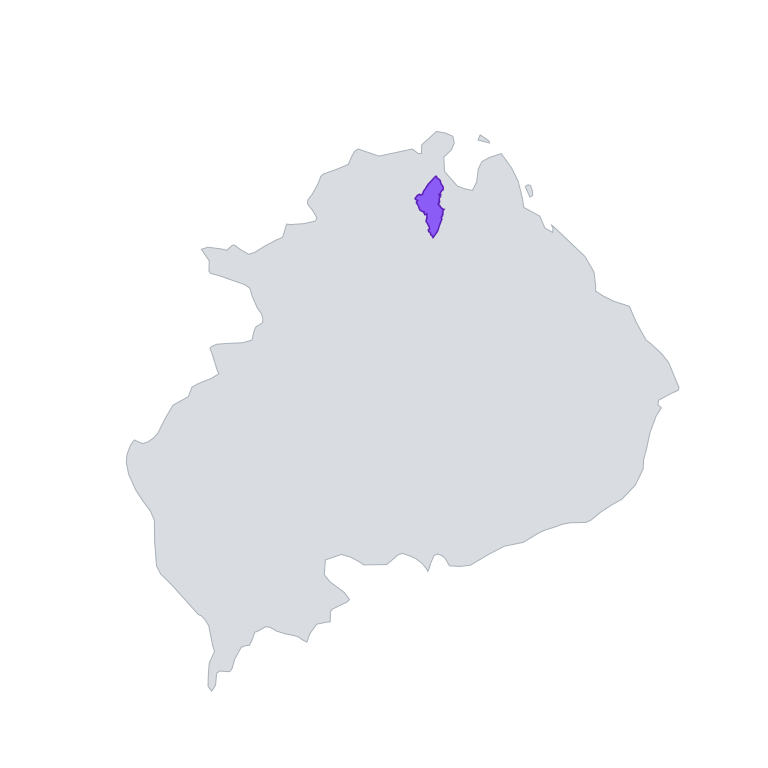 location of Kampong Seila, Kaôh Kong, Cambodia, rotated 160°
{"feature_id": "14789045B74772931755748", "entity_name": "Kampong Seila", "entity_type": "district", "adm_level": 2, "iso_a3": "KHM", "parent_name": "Cambodia", "parent_adm1": "Kaôh Kong", "projection": "mercator", "projection_center": [103.945, 11.169], "detail": "fine", "context": "in_parent", "style": "filled", "palette": "violet", "viewbox_px": 768, "rotation_deg": 160, "n_neighbors": 0, "source": "geoboundaries", "source_scale": "gbopen_adm2", "svg_char_len": 7843}
<svg xmlns="http://www.w3.org/2000/svg" viewBox="0 0 768 768"><g transform="rotate(160 384 384)"><path d="M651.0,154.3L652.7,160.2L648.3,171.4L643.6,181.6L634.8,190.5L634.4,197.1L631.4,216.6L632.5,222.8L634.6,228.2L637.4,231.0L645.0,250.1L652.0,267.4L658.8,281.7L660.0,290.7L653.7,313.5L646.4,334.4L647.0,344.8L650.2,355.2L653.5,369.1L654.8,386.9L652.9,398.5L649.6,405.7L643.3,413.0L637.8,416.8L631.2,410.5L626.0,410.3L618.9,412.1L613.4,415.0L602.1,425.8L589.5,436.3L572.2,439.0L565.4,446.8L558.2,447.9L544.5,448.3L535.6,450.1L536.0,454.0L535.2,472.5L535.4,476.9L534.0,478.0L527.8,478.6L517.3,475.7L503.1,471.2L493.0,470.4L487.8,478.5L484.7,481.6L480.8,482.1L476.8,483.5L475.5,487.1L475.1,491.6L477.1,499.3L477.8,511.5L477.3,519.9L481.0,525.1L502.7,542.8L509.1,547.2L509.9,549.9L506.1,559.5L509.5,573.0L502.7,572.7L491.3,566.9L485.9,563.4L479.3,566.2L477.0,565.7L472.6,559.0L466.8,552.2L460.8,551.8L448.1,554.5L435.2,556.3L430.3,556.3L428.3,557.5L420.8,567.6L417.6,565.9L404.6,562.1L392.7,560.6L390.2,563.2L391.7,571.4L394.3,579.5L392.7,582.9L386.2,587.1L377.6,594.7L372.3,600.7L368.6,602.1L355.5,601.9L342.4,602.6L337.2,608.2L332.2,612.6L328.0,613.7L310.9,599.9L276.9,595.1L273.2,589.0L270.0,587.8L266.8,595.8L248.2,603.4L240.4,598.8L234.6,593.2L235.5,586.4L240.9,580.8L250.2,576.8L254.4,562.9L247.4,544.9L241.2,539.7L234.7,535.6L227.8,542.2L222.0,553.6L216.0,559.5L207.5,560.8L195.0,560.4L190.2,543.3L188.6,528.7L190.3,512.0L192.2,502.1L180.2,488.5L179.5,475.5L173.7,468.8L172.0,472.2L172.1,475.9L170.5,473.2L151.5,435.0L148.4,417.3L151.6,403.6L153.5,399.1L148.1,391.9L140.4,383.7L126.8,373.0L125.9,356.0L122.8,336.0L118.8,329.3L112.5,317.0L109.2,306.7L108.0,279.7L109.7,277.5L119.4,276.7L131.7,274.8L133.7,270.4L131.5,266.8L139.4,260.7L150.7,247.3L159.5,233.2L165.8,224.3L169.6,215.5L182.3,203.1L199.9,194.4L211.8,192.4L224.2,189.5L236.1,185.3L241.7,184.9L256.5,189.9L264.5,191.2L272.9,191.2L281.6,191.7L289.1,191.2L307.3,187.6L326.5,190.4L343.6,188.2L364.8,184.2L375.3,186.7L384.7,190.8L386.1,199.1L388.3,202.9L391.4,205.8L395.6,205.8L401.1,200.0L405.6,194.1L407.0,193.0L407.3,195.9L409.5,202.3L413.6,208.7L417.7,212.9L424.5,218.5L428.9,218.7L443.4,213.4L465.2,221.1L467.7,225.0L474.7,232.8L482.4,238.4L499.3,238.7L505.4,225.0L502.4,216.6L492.8,201.9L490.1,193.3L493.2,191.8L509.6,190.1L512.2,188.4L515.9,178.9L520.3,180.0L529.4,181.3L539.0,174.8L544.7,167.9L547.8,171.1L551.2,175.8L554.9,178.6L561.8,182.7L569.4,188.5L574.1,194.2L578.0,196.4L587.7,194.8L590.3,195.0L595.9,188.1L599.9,184.4L603.3,185.5L608.2,185.4L618.3,176.6L624.1,168.6L627.3,166.4L636.4,170.4L640.1,169.6L645.3,158.6L651.0,154.3ZM183.8,520.8L181.9,521.9L180.2,521.8L178.4,520.3L178.5,514.1L179.8,510.4L182.9,509.7L183.8,520.8ZM212.2,581.1L208.4,585.2L202.3,576.7L202.4,574.4L212.2,581.1Z" fill="#d9dde1" stroke="#a8b0b8" stroke-width="1"/><path d="M287.8,504.8L287.4,505.0L286.4,505.8L285.8,506.2L284.6,507.0L283.5,507.8L283.2,508.0L282.7,508.3L282.4,508.5L282.1,508.7L281.9,508.9L281.6,509.2L281.2,509.6L281.0,509.8L280.6,510.2L279.9,511.1L279.4,511.7L279.0,512.3L278.5,513.0L278.2,513.5L277.3,514.5L276.9,515.0L276.0,515.9L275.5,516.6L275.1,517.0L274.3,517.9L273.3,519.1L273.1,519.5L273.3,520.1L273.3,520.4L273.2,520.8L273.1,521.0L272.8,521.2L272.8,521.4L272.5,521.6L272.1,521.8L271.8,521.8L271.7,521.8L271.5,522.0L271.4,522.1L271.6,522.4L271.5,522.6L271.6,522.8L271.8,522.9L271.7,522.9L271.3,523.3L271.0,523.5L270.8,523.5L270.6,523.5L270.6,523.9L270.4,524.1L270.2,524.2L270.1,524.3L270.1,524.6L270.3,525.0L270.2,525.5L269.8,525.7L269.6,525.9L269.6,526.1L269.1,526.8L268.9,527.2L268.4,527.3L268.1,527.3L268.2,527.2L268.0,527.3L268.0,527.6L268.4,527.9L268.6,528.0L268.8,528.3L269.2,528.5L269.2,528.8L269.4,529.0L269.7,529.2L269.8,529.4L269.8,529.5L269.7,529.7L269.8,529.8L269.9,530.0L270.0,530.1L270.2,530.5L270.3,531.3L270.4,531.5L270.3,531.9L270.4,532.0L270.6,532.1L270.7,532.3L270.7,532.6L270.8,532.7L271.0,532.7L271.1,532.8L271.1,533.1L271.1,533.3L271.2,533.6L271.2,533.8L271.3,533.7L271.5,533.5L271.4,533.7L271.5,533.8L271.5,534.0L271.6,534.3L271.7,534.5L271.4,534.7L271.3,534.9L271.1,534.9L270.9,534.7L270.7,534.8L270.6,535.0L270.4,535.3L270.0,535.3L270.0,535.6L269.8,535.9L269.8,536.0L270.0,535.9L270.2,536.0L270.0,536.3L270.1,536.5L269.9,536.8L269.8,537.0L269.6,537.2L269.4,537.2L269.2,537.1L269.2,537.3L269.3,537.4L269.2,537.5L269.3,537.7L269.3,537.9L269.3,538.1L269.2,538.3L268.9,538.4L268.8,538.7L268.8,539.1L268.5,539.5L268.3,539.8L268.0,540.1L267.7,540.4L267.3,540.5L266.9,540.7L266.7,541.0L266.8,541.3L266.8,541.7L266.8,542.0L267.0,542.2L267.2,541.9L267.0,541.7L267.4,541.7L267.4,541.9L267.4,542.3L267.4,542.5L267.0,542.6L267.3,542.7L267.6,542.8L267.5,543.1L267.5,543.4L267.4,543.5L266.7,543.4L266.4,543.4L266.1,543.5L265.7,544.0L265.4,544.3L265.2,544.6L265.1,544.9L264.9,545.1L264.5,545.3L264.4,545.4L263.5,545.8L263.4,545.9L263.2,546.0L262.9,546.1L262.4,546.1L262.1,546.2L262.0,546.6L261.7,546.8L261.1,548.5L261.1,549.1L261.2,549.6L261.2,550.0L261.3,550.2L261.3,550.4L261.3,550.7L261.4,551.0L261.6,551.4L261.7,551.5L261.8,551.8L261.9,553.3L261.9,553.6L261.7,554.2L261.7,554.5L261.8,555.0L261.8,555.4L261.7,555.5L261.6,555.8L261.6,556.1L261.8,556.4L262.1,557.2L262.2,557.4L262.8,558.3L263.1,558.6L263.6,559.2L263.7,559.4L263.7,559.6L263.6,560.2L263.6,560.4L263.6,560.6L263.8,560.8L263.8,561.2L263.9,561.3L264.0,561.4L264.3,561.6L266.1,560.7L266.5,560.5L266.8,560.4L268.1,559.7L268.8,559.3L269.6,558.9L271.0,558.2L271.5,558.0L271.8,557.8L272.3,557.5L273.7,556.8L273.8,556.7L274.0,556.7L274.4,556.6L274.5,556.5L274.7,556.2L274.7,555.9L275.1,555.7L275.4,555.5L275.9,555.4L276.1,555.3L276.3,555.2L276.8,554.7L277.0,554.3L277.3,554.1L277.8,553.8L277.9,553.7L278.3,553.4L278.5,553.1L278.8,552.9L279.0,552.8L279.4,552.6L279.6,552.5L279.9,552.3L280.5,551.9L280.9,551.6L281.2,551.2L281.4,551.0L281.5,550.8L281.8,550.5L282.8,549.4L283.0,549.0L283.5,549.1L283.8,549.2L284.4,549.2L284.6,549.1L284.8,549.1L285.0,549.0L285.3,549.0L285.6,549.8L285.7,550.1L285.8,550.2L286.4,550.0L286.6,550.0L287.1,550.0L287.7,549.9L288.3,549.8L288.6,549.6L288.8,549.4L289.1,549.1L289.6,548.8L290.0,548.5L290.5,548.3L290.8,548.2L291.0,548.1L291.2,547.8L291.3,547.3L291.3,546.7L290.9,546.3L290.6,546.0L289.8,545.1L289.7,544.9L289.7,544.7L289.8,544.6L290.3,544.3L290.7,544.2L291.0,544.1L291.2,543.9L291.2,543.7L291.5,543.5L291.5,543.4L291.5,543.2L291.5,542.9L291.4,542.7L291.3,542.4L291.3,541.8L291.2,541.4L290.8,540.0L290.7,539.7L290.8,539.2L290.9,538.1L290.8,537.7L290.9,536.6L290.9,535.7L290.7,535.2L290.5,534.9L290.2,534.5L290.0,534.2L289.6,533.8L289.4,533.5L289.2,533.2L288.9,533.0L288.8,532.9L288.1,532.6L287.9,532.5L287.7,532.3L287.4,532.2L287.3,531.9L287.5,531.7L287.9,531.4L288.0,531.3L288.0,531.1L287.9,530.8L287.8,530.5L287.7,530.2L287.7,529.9L287.7,529.5L287.7,529.1L286.7,529.2L286.4,529.2L285.9,529.4L285.7,529.4L285.6,529.0L285.7,528.8L285.8,528.5L286.1,528.2L286.2,527.8L286.3,527.3L286.3,527.0L286.3,526.7L286.4,526.3L286.5,526.3L286.6,526.2L286.8,525.9L286.8,525.7L287.0,525.3L287.2,524.7L287.3,524.6L287.6,524.6L287.7,524.3L287.8,524.2L288.0,523.8L288.3,523.5L288.7,522.8L288.8,522.6L288.9,522.4L288.9,522.2L288.8,521.8L288.7,521.7L288.5,521.3L288.4,521.1L288.4,520.7L288.4,520.4L288.3,520.2L288.3,519.9L288.3,519.7L288.2,519.5L288.2,519.4L288.1,518.9L288.1,518.7L288.0,518.1L288.1,517.7L288.1,517.3L287.9,517.2L287.8,516.9L287.7,516.7L287.7,516.2L287.7,515.8L287.8,515.6L288.0,515.2L288.2,514.8L288.4,514.4L288.4,513.8L288.9,513.7L289.0,513.6L289.3,513.8L289.5,513.8L289.6,513.7L289.8,513.4L289.7,513.2L289.8,512.8L289.9,512.5L289.8,512.2L289.9,511.9L289.8,511.7L289.3,511.4L289.2,511.2L289.0,510.9L288.7,510.1L288.8,509.7L288.9,509.3L289.0,508.9L289.0,508.6L289.0,508.2L288.9,508.2L288.4,507.6L288.2,507.3L288.1,507.1L288.1,506.9L288.0,506.6L288.1,506.3L288.1,505.7L287.8,505.1L287.8,504.9L287.8,504.8Z" fill="#8b5cf6" stroke="#5b21b6" stroke-width="1.5"/></g></svg>